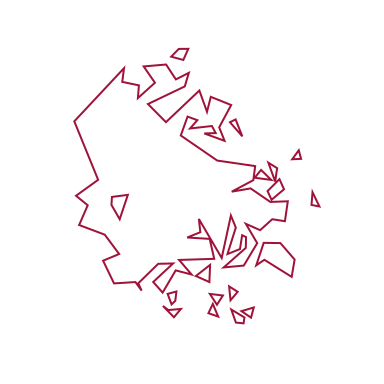 an SVG outline of South Jeolla, rotated 253°
{"feature_id": "KOR-2506", "entity_name": "South Jeolla", "entity_type": "Metropolitan City", "adm_level": 1, "iso_a3": "KOR", "parent_name": "South Korea", "parent_adm1": "", "projection": "albers", "projection_center": [126.652, 34.734], "detail": "medium", "context": "isolated", "style": "outline", "palette": "rose", "viewbox_px": 384, "rotation_deg": 253, "n_neighbors": 0, "source": "natural_earth", "source_scale": "10m", "svg_char_len": 1935}
<svg xmlns="http://www.w3.org/2000/svg" viewBox="0 0 384 384"><g transform="rotate(253 192 192)"><path d="M330.3,163.2L317.7,157.5L309.5,172.4L297.6,167.7L307.3,188.5L326.2,182.5L321.5,204.5L304.4,209.5L306.9,223.8L295.1,216.0L289.0,175.6L266.4,187.5L286.9,228.7L264.3,229.8L277.5,237.8L263.7,254.9L245.9,236.9L231.4,238.1L244.4,220.9L241.4,231.9L249.3,230.3L253.3,208.7L259.1,218.1L265.4,209.8L249.3,197.8L214.7,225.3L198.3,260.0L185.4,254.1L180.7,230.1L178.3,249.1L159.6,264.0L155.1,280.9L136.9,272.3L142.5,260.8L135.6,246.0L145.8,234.2L124.0,239.4L106.5,220.0L110.6,200.3L122.8,227.1L133.1,230.5L136.0,227.3L123.4,221.2L122.3,207.8L145.2,223.5L158.1,222.3L120.2,201.1L164.2,190.7L151.1,188.2L149.9,174.1L142.0,195.2L121.6,193.7L130.8,159.8L113.2,167.5L121.8,153.5L104.4,134.5L117.3,128.6L129.2,153.0L133.2,138.7L120.4,113.9L112.4,115.0L122.4,111.6L127.4,90.7L152.3,86.9L154.0,104.2L176.7,96.1L193.4,74.4L209.8,88.4L222.3,80.0L231.1,105.8L294.0,100.1L330.3,163.2ZM210.7,114.0L203.2,111.2L187.1,114.9L208.0,129.8L210.7,114.0ZM122.4,245.7L117.3,261.6L97.4,270.4L81.7,262.5L106.0,241.4L103.1,232.0L122.4,245.7ZM178.7,279.4L167.7,280.8L161.3,265.8L170.8,264.5L178.7,279.4ZM230.5,256.4L247.6,248.7L248.7,254.9L230.5,256.4ZM327.5,211.7L332.7,221.2L330.0,230.3L320.8,222.3L327.5,211.7ZM83.4,147.2L77.5,138.1L91.5,130.9L86.0,134.9L83.4,147.2ZM110.5,171.1L117.0,188.0L100.8,182.3L110.5,171.1ZM180.4,271.3L187.3,256.1L192.9,264.5L180.4,271.3ZM68.1,195.2L56.7,205.5L51.3,202.9L54.3,195.8L68.1,195.2ZM71.3,172.3L78.9,179.2L65.2,180.6L71.3,172.3ZM90.9,199.9L83.2,206.5L77.2,197.2L90.9,199.9ZM63.6,204.5L63.5,217.3L54.6,211.7L63.6,204.5ZM84.0,191.3L76.9,182.9L89.3,179.3L84.0,191.3ZM101.4,148.0L92.8,144.2L90.5,139.6L101.7,138.9L101.4,148.0ZM197.7,273.6L189.9,280.4L177.7,274.6L197.7,273.6ZM194.0,297.4L200.7,306.3L191.8,306.0L194.0,297.4ZM144.7,302.5L156.6,307.2L140.9,309.6L144.7,302.5Z" fill="none" stroke="#9f1239" stroke-width="2"/></g></svg>